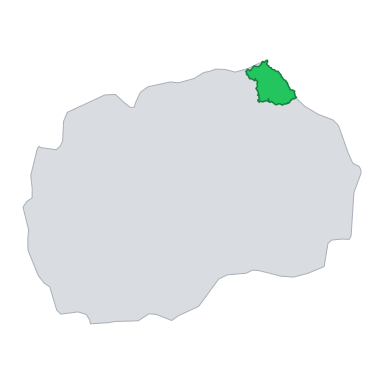 Kriva Palanka, Kriva Palanka, North Macedonia (highlighted)
{"feature_id": "65306769B37694813292745", "entity_name": "Kriva Palanka", "entity_type": "district", "adm_level": 2, "iso_a3": "MKD", "parent_name": "North Macedonia", "parent_adm1": "Kriva Palanka", "projection": "equal_earth", "projection_center": [22.335, 42.244], "detail": "fine", "context": "in_parent", "style": "filled", "palette": "green", "viewbox_px": 384, "rotation_deg": 0, "n_neighbors": 0, "source": "geoboundaries", "source_scale": "gbopen_adm2", "svg_char_len": 3440}
<svg xmlns="http://www.w3.org/2000/svg" viewBox="0 0 384 384"><path d="M170.8,81.9L178.1,82.9L194.0,78.5L204.0,72.4L209.0,71.5L215.7,69.1L225.4,69.5L235.2,72.1L247.6,68.6L259.9,62.9L264.8,64.3L270.1,69.2L273.6,70.5L293.9,96.1L305.0,106.5L318.2,114.3L333.2,120.1L338.5,125.6L348.2,153.0L352.8,163.3L359.1,166.4L360.7,169.4L361.0,173.4L353.9,192.6L351.1,235.8L349.3,239.3L341.8,239.1L331.8,240.0L328.0,243.3L324.1,266.6L308.0,273.3L293.4,277.1L281.1,276.2L259.5,270.7L252.5,270.1L246.4,273.2L227.1,274.9L218.7,279.0L198.7,306.3L178.5,315.7L171.6,320.5L156.2,314.4L148.9,313.8L138.2,320.8L114.8,321.5L108.4,322.7L90.4,323.8L89.7,320.0L86.4,314.5L78.0,311.9L60.8,314.1L56.7,310.1L49.8,286.9L44.3,283.2L38.2,275.4L28.0,250.3L27.8,239.3L28.6,229.7L23.0,207.2L26.7,201.5L32.1,198.0L32.2,188.9L30.8,175.2L37.4,148.3L39.1,146.3L40.7,147.6L56.1,149.7L60.1,146.3L62.6,141.0L63.6,121.4L67.3,112.3L104.6,95.0L115.4,94.4L123.8,102.3L130.4,107.4L134.3,107.2L135.8,102.1L140.4,92.3L148.0,86.7L170.6,81.9L170.8,81.9Z" fill="#d9dde1" stroke="#a8b0b8" stroke-width="1"/><path d="M287.8,102.9L288.8,102.9L289.6,102.4L290.2,100.7L291.2,100.3L291.9,99.3L293.1,98.6L293.8,98.9L294.7,98.7L295.5,97.8L295.5,97.7L296.3,97.3L296.0,97.0L295.6,96.4L295.1,95.8L294.9,95.3L294.8,95.0L294.9,94.3L294.8,93.7L294.4,93.1L294.2,92.4L294.4,92.0L294.7,91.7L294.6,91.3L294.2,90.8L293.7,90.5L293.2,90.4L292.2,89.9L291.6,90.0L291.2,90.0L290.8,89.9L290.3,89.8L290.1,89.7L290.1,89.4L290.0,88.9L289.8,88.5L289.8,88.2L289.5,87.9L289.1,87.3L288.7,86.8L288.5,86.3L288.4,85.9L288.0,84.8L287.8,84.6L287.5,84.1L287.3,83.8L287.4,83.5L287.6,83.3L287.6,83.0L287.6,82.9L287.1,82.5L286.5,82.2L286.1,81.3L285.9,80.9L285.6,80.5L285.2,80.2L284.6,80.1L284.2,79.9L283.6,79.2L283.4,79.0L282.9,78.5L282.8,78.4L282.4,77.5L281.8,77.0L281.6,76.7L281.4,76.3L281.1,75.8L281.0,75.2L280.9,74.7L280.6,74.3L280.1,73.9L279.5,73.5L279.0,72.5L278.4,71.7L278.1,71.3L277.9,71.4L276.8,71.4L276.0,71.1L275.7,71.0L275.5,70.9L274.8,70.0L274.5,69.8L274.3,69.8L273.3,69.6L272.6,69.5L272.4,69.4L272.2,69.3L271.9,69.0L271.8,68.9L271.3,67.8L270.0,67.5L269.7,67.3L269.5,67.1L269.2,66.8L269.0,66.4L268.7,66.0L268.2,65.6L267.6,65.2L267.3,64.9L266.9,64.5L266.8,64.4L266.6,63.9L267.1,63.0L267.7,61.7L267.5,60.7L267.4,60.6L267.1,60.2L266.1,60.6L265.9,60.7L265.6,60.9L265.5,61.0L265.3,61.1L265.0,61.6L264.8,61.9L264.5,62.2L264.3,62.4L264.0,62.4L263.9,62.3L263.7,62.2L263.5,61.9L263.4,61.7L263.0,61.5L262.8,61.5L262.7,61.5L261.8,62.2L261.5,63.0L261.7,63.3L261.6,63.7L261.6,63.8L261.1,64.4L260.6,64.7L260.4,64.9L259.8,65.7L258.7,66.7L257.6,66.6L256.4,66.5L255.2,66.1L254.9,66.0L254.5,65.9L254.3,65.9L254.0,66.1L253.1,66.9L252.3,68.1L251.7,69.0L250.9,69.9L250.7,70.3L250.3,70.7L250.0,70.7L249.6,70.6L249.5,70.3L249.3,70.0L249.1,69.9L248.9,69.8L248.0,69.5L247.3,69.5L247.0,70.1L246.7,70.6L246.6,70.8L246.1,71.5L245.8,71.7L246.5,72.5L246.6,74.6L247.7,74.8L249.6,78.7L251.5,78.7L254.7,80.7L255.3,79.0L255.7,79.9L257.7,81.6L256.9,83.7L257.3,84.5L257.4,86.5L256.0,88.4L258.2,92.0L258.3,93.6L257.8,95.1L258.9,94.9L258.9,97.5L259.5,98.3L258.8,99.7L258.1,99.7L257.9,101.0L259.1,101.5L259.3,102.1L260.1,101.2L261.2,101.6L262.5,101.5L263.0,101.9L265.2,100.9L267.7,100.9L268.3,99.2L269.0,100.6L268.6,101.6L269.4,102.2L270.0,101.9L270.6,102.2L271.5,101.5L272.4,102.0L274.3,103.8L276.1,104.8L278.8,103.8L280.4,104.0L281.8,104.9L282.8,104.9L284.4,103.9L285.8,104.0L287.9,103.3L287.8,102.9Z" fill="#22c55e" stroke="#15803d" stroke-width="1.5"/></svg>